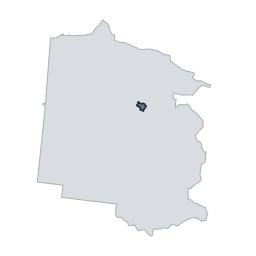 location of Um Rimta, White Nile, Sudan, rotated 275°
{"feature_id": "16777658B63870425694852", "entity_name": "Um Rimta", "entity_type": "district", "adm_level": 2, "iso_a3": "SDN", "parent_name": "Sudan", "parent_adm1": "White Nile", "projection": "albers", "projection_center": [31.887, 14.607], "detail": "fine", "context": "in_parent", "style": "filled", "palette": "slate", "viewbox_px": 256, "rotation_deg": 275, "n_neighbors": 0, "source": "geoboundaries", "source_scale": "gbopen_adm2", "svg_char_len": 4554}
<svg xmlns="http://www.w3.org/2000/svg" viewBox="0 0 256 256"><g transform="rotate(275 128 128)"><path d="M178.4,206.2L176.0,206.2L175.7,205.7L175.7,204.1L176.0,202.9L176.9,201.1L176.6,200.0L176.8,198.6L176.1,196.9L170.3,192.2L169.2,190.9L166.1,189.7L166.6,188.3L165.3,178.5L165.9,177.4L166.1,175.6L166.1,174.1L166.8,171.6L166.9,170.6L160.8,170.5L160.7,171.6L161.0,172.8L161.0,173.3L152.5,173.3L155.9,177.2L156.1,178.9L155.9,181.0L155.9,182.3L156.1,183.2L157.1,184.9L157.0,185.2L156.8,185.7L150.8,190.8L149.8,193.2L149.0,194.4L147.2,196.5L141.7,202.0L140.8,202.3L136.5,202.5L136.1,202.6L135.8,202.9L135.6,202.8L132.0,199.6L126.0,195.7L122.0,197.7L120.9,198.4L120.8,200.3L120.2,201.2L119.1,202.2L116.2,202.8L114.6,203.4L112.8,204.4L110.9,206.1L110.8,207.0L111.0,207.9L100.7,207.7L100.0,207.0L98.6,204.1L97.6,204.3L88.2,203.7L86.9,204.0L84.2,205.1L82.8,205.3L81.5,204.7L76.7,198.9L75.7,198.2L74.6,196.8L73.6,196.2L73.2,195.7L73.1,195.1L73.2,193.9L72.9,193.1L72.1,192.9L65.5,194.0L64.5,193.9L63.2,194.0L62.7,194.3L62.1,195.0L62.0,196.6L61.8,197.3L61.2,198.2L59.3,200.1L58.8,200.9L58.9,203.0L58.7,204.1L58.4,204.6L57.6,205.4L57.3,205.8L56.8,208.5L55.8,210.2L55.5,210.7L55.4,211.9L55.2,212.3L52.2,213.1L51.1,213.7L50.3,214.6L50.2,215.0L48.9,214.6L47.3,214.3L44.1,213.9L42.9,213.4L42.4,212.7L42.6,211.1L42.3,210.7L41.8,210.4L41.5,209.7L41.6,208.8L43.3,207.0L43.7,206.0L44.3,201.2L44.2,199.8L43.0,197.0L40.2,192.3L39.5,191.3L35.9,187.4L35.5,186.8L34.7,185.2L35.8,181.7L35.9,180.7L35.7,179.7L34.8,178.9L34.0,178.8L32.9,177.8L32.2,177.3L31.6,176.5L31.2,175.3L31.7,171.1L31.5,170.6L30.6,170.4L30.4,170.1L30.4,169.3L30.0,166.9L29.5,164.9L29.9,163.8L29.1,162.3L27.7,161.6L24.7,162.0L23.8,161.8L23.2,161.5L22.7,161.0L22.5,160.3L22.8,159.4L23.7,157.6L24.8,156.2L27.0,155.0L27.6,154.3L27.9,153.5L28.0,152.6L27.9,151.7L27.7,150.8L27.2,149.6L26.6,148.3L26.7,147.4L27.0,146.7L27.6,146.0L29.7,144.5L31.9,143.3L32.3,142.9L32.2,142.4L31.3,141.3L31.0,139.2L30.5,137.8L31.7,136.7L32.5,136.4L33.8,136.1L34.3,135.7L34.5,134.8L34.5,134.0L34.9,133.4L35.6,132.1L36.1,131.6L37.8,130.1L38.2,129.1L38.3,128.2L38.0,125.3L39.0,124.1L40.2,123.2L42.0,123.3L44.6,123.2L46.5,122.8L47.8,122.9L50.8,123.5L51.1,123.3L51.3,122.6L53.1,67.9L65.2,68.3L65.4,68.2L66.2,42.4L141.9,43.7L142.6,43.6L143.8,41.2L144.3,41.0L145.0,41.2L145.3,41.7L144.7,43.7L210.8,43.0L211.0,46.0L211.6,48.3L213.5,51.6L215.2,53.4L215.8,54.4L215.8,54.8L215.8,55.3L215.3,54.8L214.5,54.5L214.4,56.1L214.8,59.3L215.6,61.5L215.1,63.6L215.3,67.2L216.2,71.4L216.1,74.1L217.7,80.4L219.1,83.9L219.9,84.8L220.7,85.2L222.3,85.5L224.8,87.2L226.7,89.1L227.4,90.0L228.3,91.1L228.9,90.9L229.3,90.6L230.0,91.5L233.0,93.3L233.5,94.1L232.4,95.0L231.2,96.5L230.6,97.9L230.3,98.4L229.4,99.3L229.2,99.7L228.8,100.0L228.3,100.0L227.3,100.5L226.4,100.4L225.5,100.7L225.1,101.0L224.4,101.3L223.4,101.5L221.9,102.7L220.5,103.3L220.1,103.8L219.4,106.2L218.9,106.8L216.9,106.9L215.9,107.1L214.6,106.9L213.9,106.9L213.8,107.4L213.6,109.4L213.6,110.3L212.5,112.6L212.9,116.9L211.9,120.1L211.8,120.8L210.7,123.4L210.2,124.3L208.9,129.1L208.3,130.6L207.2,132.1L208.6,143.5L207.7,147.0L207.8,148.9L207.1,151.7L206.6,153.0L205.7,154.6L204.9,156.4L204.3,158.7L204.0,163.1L203.7,163.5L200.1,164.1L199.0,164.4L198.2,164.9L197.3,166.1L195.5,169.2L194.5,171.1L193.0,173.7L191.3,175.5L190.9,176.4L190.6,178.1L190.0,180.7L189.4,182.6L189.6,184.0L189.0,186.6L189.1,187.9L188.5,188.6L187.7,189.3L187.1,189.5L184.5,187.8L182.8,189.0L181.7,190.7L180.8,192.4L181.3,196.0L181.3,196.7L181.1,197.6L179.4,201.1L178.9,202.7L178.4,205.6L178.4,206.2Z" fill="#d9dde1" stroke="#a8b0b8" stroke-width="1"/><path d="M153.2,142.6L153.4,142.2L153.6,141.8L153.9,141.1L153.5,140.6L153.6,139.9L153.4,139.4L153.2,139.0L153.6,138.3L153.5,137.9L153.7,137.6L153.7,137.3L154.1,136.9L154.8,136.8L154.9,136.5L154.9,135.9L154.2,135.7L153.5,135.7L152.7,135.5L152.5,135.4L152.1,135.2L151.9,135.0L151.9,134.9L151.5,134.8L151.2,134.9L151.0,135.0L150.9,135.3L150.7,136.0L150.5,135.9L150.3,135.9L150.3,136.0L150.2,136.2L150.2,136.3L150.3,136.3L150.3,136.7L150.2,137.1L150.1,137.6L149.8,137.8L149.7,137.9L149.6,138.0L149.4,138.1L149.0,138.5L148.6,138.8L148.4,138.7L148.1,138.5L148.0,138.4L147.9,138.4L147.7,138.4L147.7,138.6L147.5,138.8L147.4,138.9L147.3,139.0L146.7,139.4L146.6,139.6L146.6,140.0L146.6,140.3L146.6,140.5L146.6,140.8L146.5,141.1L146.4,141.4L146.4,141.7L146.3,141.9L146.7,142.0L147.0,142.1L148.0,142.3L148.5,142.3L148.6,142.5L149.0,143.1L149.3,143.3L151.1,144.1L151.7,144.2L151.8,144.0L152.0,143.0L153.0,142.6L153.2,142.6Z" fill="#64748b" stroke="#1e293b" stroke-width="1.5"/></g></svg>